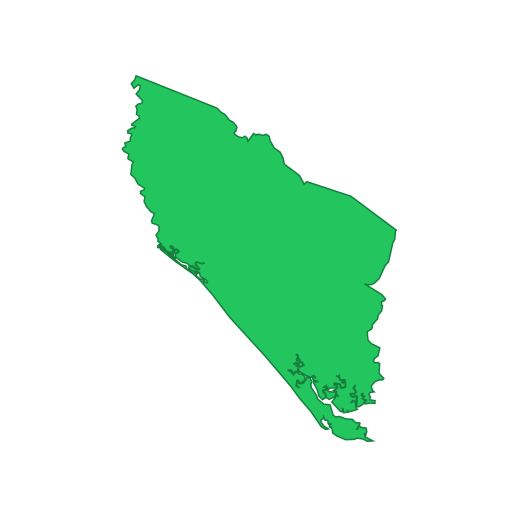 the district of Alanje, Chiriquí, Panama, rotated 33°
{"feature_id": "35544464B2044400904902", "entity_name": "Alanje", "entity_type": "district", "adm_level": 2, "iso_a3": "PAN", "parent_name": "Panama", "parent_adm1": "Chiriquí", "projection": "albers", "projection_center": [-82.58, 8.37], "detail": "fine", "context": "isolated", "style": "filled", "palette": "green", "viewbox_px": 512, "rotation_deg": 33, "n_neighbors": 0, "source": "geoboundaries", "source_scale": "gbopen_adm2", "svg_char_len": 6139}
<svg xmlns="http://www.w3.org/2000/svg" viewBox="0 0 512 512"><g transform="rotate(33 256 256)"><path d="M165.6,297.0L170.4,297.6L170.3,300.0L172.9,298.5L178.6,300.5L182.9,299.4L185.9,299.7L185.1,297.5L183.3,297.6L182.7,294.8L180.4,295.8L178.9,295.1L179.0,294.0L181.8,293.0L179.4,294.7L180.4,295.2L182.8,294.3L184.1,297.2L185.1,293.4L188.9,293.8L188.9,295.1L187.2,298.5L189.4,300.8L197.8,301.2L202.4,299.5L205.3,300.5L208.8,298.5L213.9,299.4L215.2,297.7L210.1,296.4L209.0,295.3L209.0,293.9L210.0,293.0L214.1,292.0L216.7,289.6L215.2,291.9L209.9,293.4L209.3,294.3L210.4,296.0L215.6,297.4L215.5,299.2L213.5,300.3L210.3,299.7L206.2,300.9L205.7,301.8L206.8,303.2L211.3,303.0L217.5,300.6L220.5,303.6L227.7,303.1L229.5,304.1L229.6,305.5L226.9,305.2L226.8,306.5L225.5,305.7L226.2,304.3L225.4,303.7L225.3,304.9L224.8,304.3L221.4,305.7L216.8,305.2L216.0,304.1L216.7,302.2L211.9,304.7L205.2,304.3L202.5,302.5L198.2,304.1L189.0,302.8L184.5,303.1L179.1,301.1L175.7,301.0L171.7,302.4L190.5,304.4L213.1,305.3L222.5,306.9L240.9,312.3L267.8,321.9L318.2,335.0L356.9,346.6L369.3,351.4L386.9,356.6L403.7,363.6L409.1,363.4L410.8,361.6L405.4,361.6L400.6,359.7L399.9,357.5L400.9,356.2L400.0,353.9L403.5,356.2L404.6,355.1L406.4,355.4L407.4,356.9L411.1,355.9L409.0,357.7L412.0,358.6L410.0,359.3L413.6,359.3L416.8,362.7L421.5,362.9L431.3,361.2L438.0,356.5L440.2,353.6L445.4,351.2L450.3,350.8L454.7,347.4L445.9,348.3L445.6,346.3L444.9,347.1L443.6,345.9L444.8,345.1L444.7,343.2L442.1,340.3L437.8,342.4L434.9,342.2L435.6,345.8L434.8,346.4L434.5,339.9L433.9,339.5L430.4,341.5L425.7,340.5L420.1,343.7L413.4,345.1L410.4,347.6L407.5,347.5L399.1,340.5L393.6,343.3L385.8,342.4L382.5,339.9L373.8,336.1L371.9,333.6L371.4,331.0L368.2,329.2L364.7,329.9L365.4,333.4L364.5,335.4L365.2,336.5L363.5,338.7L361.2,339.4L358.7,338.1L360.7,342.6L363.3,342.9L364.2,342.1L363.7,343.0L362.6,343.3L360.3,343.0L358.2,338.2L359.6,337.1L361.2,338.7L363.1,337.7L364.4,333.2L363.0,330.8L359.2,330.1L356.3,331.4L352.4,331.3L352.3,335.3L349.4,334.5L348.3,333.3L346.7,334.5L344.3,334.0L346.8,334.0L347.7,333.0L346.3,332.6L348.0,332.4L350.7,334.3L352.1,330.8L356.0,330.7L353.5,329.6L351.7,326.3L349.4,326.1L350.2,323.4L347.9,324.1L347.4,326.1L346.5,325.8L347.6,323.6L350.1,322.5L351.0,323.2L350.1,325.3L350.6,325.8L353.6,323.9L354.9,321.6L352.4,320.5L350.6,321.3L349.4,320.1L348.2,321.3L346.9,321.2L346.4,320.5L347.3,319.2L346.1,319.5L346.5,318.5L344.4,316.8L343.0,317.1L344.5,315.9L348.0,318.9L347.7,320.8L349.4,319.2L350.9,320.8L352.8,319.8L355.7,321.3L354.2,324.4L352.1,325.9L354.3,329.2L363.4,329.0L368.5,327.7L368.9,325.3L370.3,324.7L373.0,325.9L369.5,325.7L370.6,328.4L373.8,328.8L374.8,327.5L376.0,327.8L374.0,329.5L372.1,329.1L373.7,331.2L380.6,335.1L385.0,339.2L390.0,340.3L391.5,337.1L389.5,334.0L386.4,333.8L385.0,332.2L387.5,328.6L387.1,327.6L384.4,329.0L385.3,326.7L385.6,327.9L387.5,326.8L388.2,327.9L387.8,330.3L385.9,331.6L386.1,332.6L389.8,333.6L391.9,336.5L395.4,336.4L398.5,331.5L398.5,329.9L397.7,327.4L396.6,327.0L391.0,330.1L389.2,329.8L390.2,326.2L395.7,322.7L394.3,321.2L391.4,321.5L390.7,320.3L391.8,319.0L396.7,317.7L399.2,319.9L402.0,317.1L399.6,313.2L398.0,315.5L396.7,315.2L396.5,314.1L397.3,312.2L394.4,314.4L392.4,313.6L391.3,311.8L391.0,312.8L388.3,312.9L390.6,312.2L390.6,310.6L394.0,313.9L397.8,311.5L398.1,313.2L396.8,314.8L397.9,315.0L399.5,312.7L402.4,316.8L402.2,318.0L399.9,320.3L398.2,320.5L396.8,318.2L391.2,320.5L395.0,320.9L396.1,321.9L396.0,323.7L394.2,326.4L397.3,325.8L399.0,328.0L401.2,328.7L399.7,329.4L399.2,337.2L411.3,340.3L413.8,339.5L411.5,336.8L412.2,336.7L414.9,339.7L418.3,336.7L417.0,336.0L419.6,335.4L424.5,329.5L421.8,328.3L419.3,324.6L416.0,324.7L416.3,326.7L415.5,327.3L415.6,324.5L419.3,323.6L416.9,319.0L414.2,321.7L411.9,321.8L410.4,321.0L410.2,319.9L413.2,317.9L413.8,316.4L412.4,314.5L410.5,314.4L409.2,313.7L409.1,313.1L409.9,311.3L409.2,309.9L410.3,311.2L409.6,313.7L412.7,314.1L414.3,316.2L413.9,318.0L411.1,319.5L410.7,320.6L413.5,321.4L415.8,318.8L417.4,318.5L422.6,327.7L424.8,325.9L426.6,321.3L425.9,317.6L424.1,318.0L422.6,317.7L423.2,314.9L420.9,315.7L419.9,315.0L419.7,314.0L421.0,312.4L420.3,315.0L423.5,314.4L423.2,317.7L427.3,316.6L427.1,319.1L428.1,320.6L432.2,316.9L436.0,314.9L434.6,312.5L429.8,314.6L428.5,311.8L426.4,310.8L426.0,309.4L426.3,308.0L429.1,305.6L426.9,305.3L423.4,302.3L424.2,296.6L426.5,293.1L429.7,290.9L429.9,289.1L423.1,287.4L418.4,279.0L416.3,278.8L413.6,281.0L411.7,280.0L411.1,277.6L412.7,273.3L409.9,265.6L400.3,266.7L395.7,265.5L391.0,259.6L390.7,258.2L392.6,254.8L392.6,252.7L391.0,250.7L392.2,242.5L390.7,239.1L391.2,233.4L389.1,228.7L387.9,228.6L386.3,226.0L388.1,223.2L388.0,221.5L382.4,219.8L362.2,220.3L365.7,219.2L368.5,216.9L370.0,214.4L371.6,207.9L369.5,193.6L370.4,188.8L363.6,170.5L363.3,166.5L359.4,159.1L359.6,157.9L303.0,154.2L258.1,166.0L257.2,169.5L248.6,164.8L229.8,163.6L225.3,159.1L219.7,155.7L212.5,155.5L205.0,151.6L201.9,148.4L198.0,148.4L196.4,150.9L191.4,152.7L190.1,154.6L187.3,154.5L186.7,164.2L184.6,162.1L181.7,161.4L180.0,164.4L176.2,165.6L172.7,165.6L170.3,164.6L171.1,162.3L169.9,158.5L168.5,157.6L164.2,156.3L159.6,156.5L152.8,154.2L148.4,154.5L142.9,153.2L57.3,170.2L58.4,174.1L57.6,179.5L62.3,181.8L64.0,176.4L66.4,176.2L67.8,180.0L67.2,185.4L76.4,187.6L77.0,190.1L74.3,193.0L73.6,195.7L76.7,198.2L78.5,202.2L81.9,202.6L83.3,203.8L79.9,213.1L80.8,214.0L84.4,213.0L84.7,214.4L82.0,216.6L80.2,220.8L81.4,222.6L84.3,221.6L86.1,222.3L86.2,225.4L88.1,227.9L84.4,232.7L87.3,235.2L85.5,237.6L85.8,239.2L88.5,240.1L94.0,239.8L95.1,243.5L96.3,244.3L101.8,243.9L102.1,246.7L106.6,255.8L111.6,256.5L118.0,260.0L125.8,259.9L126.1,261.4L123.9,264.6L125.2,266.5L130.7,266.8L132.4,271.2L137.4,274.2L143.5,276.1L147.8,275.8L149.2,283.5L151.1,285.0L156.5,283.5L158.6,284.1L161.0,287.9L160.8,293.0L164.7,295.1L165.6,297.0ZM170.0,300.5L169.1,299.8L169.1,297.9L168.0,300.6L169.0,302.4L174.5,300.2L172.5,299.1L170.0,300.5ZM188.4,294.2L185.1,294.2L185.2,297.2L187.0,297.0L188.5,295.3L188.4,294.2ZM190.2,302.5L186.7,300.9L183.1,301.9L184.1,302.6L190.2,302.5ZM186.5,300.6L183.7,300.4L182.0,300.9L182.7,301.2L186.5,300.6Z" fill="#22c55e" stroke="#15803d" stroke-width="1.5"/></g></svg>